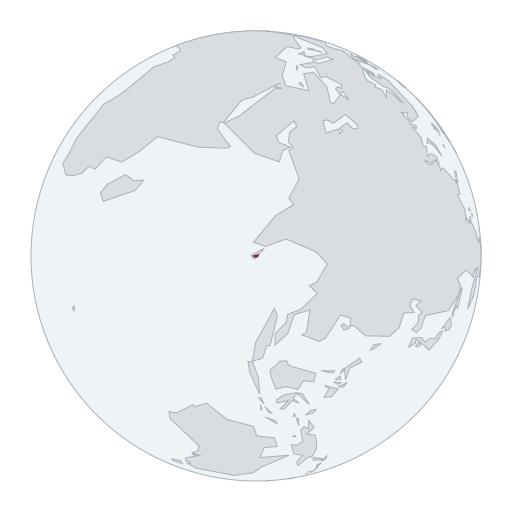 Badulla on an orthographic globe, rotated 65°
{"feature_id": "LKA-2467", "entity_name": "Badulla", "entity_type": "District", "adm_level": 1, "iso_a3": "LKA", "parent_name": "Sri Lanka", "parent_adm1": "", "projection": "orthographic", "projection_center": [81.038, 7.079], "detail": "fine", "context": "on_globe", "style": "filled", "palette": "rose", "viewbox_px": 512, "rotation_deg": 65, "n_neighbors": 0, "source": "natural_earth", "source_scale": "10m", "svg_char_len": 8869}
<svg xmlns="http://www.w3.org/2000/svg" viewBox="0 0 512 512"><g transform="rotate(65 256 256)"><circle cx="256" cy="256" r="225" fill="#eef3f6" stroke="#a8b0b8"/><path d="M348.5,50.6L345.8,49.6L350.1,51.6L335.9,45.8L343.5,48.4L343.2,48.3L348.5,50.6ZM328.6,43.1L326.4,42.5L326.9,42.5L328.6,43.1ZM57.1,150.2L73.4,126.5L73.1,129.9L86.1,127.4L86.8,129.4L79.3,139.3L84.3,154.6L92.9,146.6L103.4,155.9L114.1,157.1L128.5,138.3L110.9,135.8L113.8,126.2L132.6,120.3L148.8,123.8L150.4,120.3L145.1,111.2L153.9,105.8L143.8,107.8L144.2,111.5L137.9,113.2L137.2,109.9L140.4,107.9L136.9,105.8L122.9,116.9L121.7,122.0L109.5,122.6L106.4,131.4L101.3,135.0L104.7,121.6L108.2,117.1L110.3,103.2L105.5,107.8L103.2,121.6L101.7,120.2L95.2,127.7L98.9,120.9L102.7,105.8L95.1,107.6L76.6,125.1L74.0,126.2L75.8,121.9L91.3,103.3L95.4,103.3L101.0,97.7L107.7,89.5L108.4,90.5L111.6,87.5L113.9,87.6L124.5,81.2L128.0,81.1L139.3,72.8L142.6,71.9L135.0,76.8L131.5,80.7L141.0,81.9L144.9,80.4L151.5,75.2L153.3,76.7L158.5,71.6L167.4,70.9L160.9,67.8L168.4,62.8L177.7,59.8L179.1,57.9L163.9,63.0L159.0,65.7L156.6,68.7L142.0,76.9L137.2,77.9L148.0,68.1L142.4,68.9L153.3,61.8L187.5,50.7L198.1,49.8L200.5,57.7L193.9,60.1L189.8,58.2L187.0,64.1L190.4,61.6L191.9,63.1L199.5,59.6L200.9,60.6L205.8,55.9L208.4,56.8L205.2,59.8L218.7,56.4L226.0,57.9L228.4,56.7L228.8,55.1L237.8,58.7L239.1,57.7L236.7,56.1L237.9,53.3L243.4,50.1L246.1,51.5L244.5,52.8L245.4,58.3L240.7,62.2L242.4,62.6L247.1,59.5L246.1,52.8L248.6,50.5L250.1,53.4L249.7,52.1L251.9,51.5L256.6,52.4L255.4,49.3L275.0,43.0L286.1,44.9L285.2,47.6L301.8,47.0L313.0,50.7L310.7,49.0L317.2,48.6L313.8,47.3L313.2,46.5L328.2,46.7L333.9,48.4L337.8,48.0L336.7,47.3L332.7,45.9L335.9,45.8L350.1,51.6L352.0,52.7L359.6,56.2L362.9,58.6L369.0,62.8L368.1,64.5L373.1,68.2L375.5,69.2L384.1,75.7L393.4,86.5L375.2,73.0L359.2,59.1L364.8,63.9L360.3,61.7L360.4,62.9L364.6,66.9L367.1,68.0L357.5,71.2L361.4,82.9L368.8,83.1L375.9,87.7L386.8,104.7L381.6,127.7L391.0,136.9L393.1,142.7L388.5,145.8L385.2,137.3L378.4,133.8L377.3,129.0L368.7,132.2L366.7,125.4L361.1,131.9L365.8,137.5L374.1,136.6L370.0,146.0L381.4,156.4L385.3,168.8L374.7,190.4L360.1,196.9L359.7,201.0L352.6,196.2L345.1,204.2L359.9,227.9L360.1,234.8L347.0,247.6L346.4,242.5L327.6,229.7L325.4,246.1L339.7,260.1L344.7,276.5L334.3,271.2L329.1,256.9L322.4,251.9L323.2,237.6L315.9,216.4L305.3,220.2L305.2,211.8L293.4,194.7L277.7,199.8L253.3,221.5L251.4,243.1L242.4,252.5L227.7,220.9L225.3,200.2L217.4,201.8L204.5,184.3L174.6,181.8L172.7,176.5L166.6,178.6L157.9,172.9L155.9,164.3L149.5,164.5L155.5,187.1L162.6,187.2L171.8,179.2L171.8,187.3L180.5,195.1L162.5,213.7L122.0,228.6L122.1,212.3L112.0,167.7L114.6,163.2L114.7,162.7L114.8,161.7L109.8,169.0L109.4,160.6L110.5,190.7L108.9,203.7L121.4,229.5L119.2,231.9L124.5,237.4L146.1,233.0L145.3,238.3L132.7,262.7L106.2,294.8L112.1,318.5L114.1,338.1L102.9,349.7L109.2,365.1L104.1,369.6L107.3,378.2L106.2,386.6L102.4,394.0L90.4,392.0L85.4,384.1L73.0,367.9L54.0,329.5L52.6,313.1L49.7,299.7L41.5,268.8L43.0,252.9L41.8,245.7L38.9,246.5L38.1,237.9L36.7,237.2L31.4,239.5L31.8,234.3L34.2,216.8L37.9,199.5L43.0,182.6L49.4,166.1L57.1,150.2ZM58.7,148.3L56.5,152.3L58.7,148.3ZM161.8,138.3L174.2,140.5L175.7,128.2L180.6,128.3L179.3,124.3L175.8,127.4L173.7,117.0L181.6,114.5L183.7,109.7L179.6,108.8L165.5,115.3L168.4,129.8L162.5,134.2L161.8,138.3ZM127.2,73.0L125.6,74.8L121.1,77.9L116.8,80.0L123.2,75.2L127.2,73.0ZM124.3,76.9L136.2,67.6L139.4,66.6L135.6,68.6L136.5,68.9L130.6,72.3L122.0,81.2L117.4,84.7L111.9,85.3L116.2,82.9L117.6,81.0L124.3,76.9ZM161.1,51.7L166.3,49.3L166.4,50.0L161.6,52.2L156.9,53.8L160.0,52.2L161.1,51.7ZM236.3,31.6L236.5,31.6L229.4,32.5L233.2,32.1L233.6,32.5L228.1,33.5L227.8,33.0L221.9,34.8L218.3,34.8L217.8,35.0L212.8,35.7L206.0,37.1L205.2,37.1L202.8,37.7L199.5,38.5L196.0,39.4L193.4,39.8L188.9,41.2L190.2,40.7L183.3,43.0L187.2,41.6L183.3,42.8L181.5,43.6L179.7,44.0L198.2,38.3L217.1,34.1L236.3,31.6ZM248.2,30.9L244.3,31.1L238.6,31.4L239.1,31.4L248.2,30.9ZM91.2,126.0L92.3,126.7L94.9,126.7L90.9,131.7L91.2,126.0ZM93.4,115.6L95.0,115.2L90.5,121.6L89.3,121.2L93.4,115.6ZM99.6,109.9L95.4,114.7L97.0,111.8L99.6,109.9ZM136.8,76.4L139.0,76.0L137.7,77.3L134.8,79.1L136.8,76.4ZM209.8,41.1L210.6,40.2L212.2,39.9L217.8,37.7L221.0,37.9L218.8,39.3L209.8,41.1ZM123.3,141.2L118.0,144.4L117.4,142.4L119.3,141.7L123.3,141.2ZM102.0,137.7L105.1,140.8L100.9,139.0L102.0,137.7ZM214.2,40.9L216.2,39.9L216.6,40.7L214.2,40.9ZM223.6,38.0L224.7,38.6L222.0,37.7L223.6,38.0ZM224.8,441.7L228.8,444.2L225.0,444.2L224.8,441.7ZM145.5,337.8L141.9,371.2L133.1,370.5L128.1,360.3L127.1,339.8L136.2,334.8L139.8,325.7L145.5,337.8ZM392.6,314.7L397.8,315.7L397.5,316.8L392.6,314.7ZM387.1,311.1L393.4,311.4L385.8,313.4L387.1,311.1ZM395.8,311.6L402.1,309.6L404.9,307.9L404.2,310.1L395.8,311.6ZM382.8,311.1L358.2,310.7L348.1,307.8L350.8,304.0L367.0,305.1L382.8,311.1ZM349.9,303.9L334.3,292.9L311.2,261.4L319.5,262.1L343.3,281.2L341.8,284.4L351.3,293.1L349.9,303.9ZM386.8,284.4L385.3,294.3L371.9,293.3L365.7,291.6L361.5,278.9L363.9,272.5L369.0,272.8L387.7,251.3L394.5,256.7L389.1,265.7L394.6,274.4L386.8,284.4ZM252.6,245.2L258.3,258.3L253.3,260.4L252.6,245.2ZM394.3,236.4L387.4,245.6L393.4,233.2L394.3,236.4ZM397.3,224.7L398.2,229.5L394.7,224.8L397.3,224.7ZM360.4,207.3L355.0,208.4L354.4,205.1L361.0,201.9L360.4,207.3ZM388.2,179.6L389.9,189.0L389.5,192.2L386.2,186.4L388.2,179.6ZM244.1,45.3L232.6,47.7L226.5,50.5L226.3,53.4L221.7,50.8L231.1,46.4L244.1,45.3ZM270.9,42.9L271.0,41.1L274.2,41.7L274.6,42.2L270.9,42.9ZM268.6,41.9L262.7,40.2L264.8,39.1L269.1,40.6L268.6,41.9ZM238.1,39.3L234.5,39.8L234.3,39.1L238.1,39.3ZM404.0,418.5L409.1,411.1L413.1,410.4L407.0,417.0L404.0,418.5ZM403.8,387.9L366.9,402.6L360.2,400.7L364.7,394.4L364.1,375.5L366.6,375.9L368.5,363.1L391.8,351.4L409.5,330.1L419.2,331.5L428.6,316.2L437.6,317.3L433.1,329.4L440.3,337.6L450.5,310.4L449.6,339.6L451.3,350.1L445.5,368.7L423.0,399.8L415.0,405.8L415.8,402.9L411.8,406.1L409.1,404.8L412.2,394.7L408.1,397.8L414.2,390.2L407.3,397.0L408.0,390.5L403.8,387.9ZM466.0,336.0L465.9,336.9L464.2,342.1L464.4,341.1L466.0,336.0ZM472.2,319.0L471.7,320.9L471.5,321.5L472.2,319.0ZM472.3,318.4L473.2,315.5L472.4,318.4L472.3,318.4ZM474.3,302.4L474.8,300.9L474.8,302.1L474.3,302.4ZM405.6,315.9L413.3,308.2L417.1,307.6L405.6,315.9ZM474.4,299.2L473.7,298.8L474.0,297.3L474.4,299.2ZM475.0,295.5L475.2,293.3L475.0,298.5L475.0,295.5ZM474.0,290.5L474.6,294.5L473.8,291.0L474.0,290.5ZM473.3,291.0L472.5,289.3L472.7,288.6L473.3,291.0ZM460.3,293.4L463.6,306.5L459.9,306.1L456.2,297.9L451.5,305.3L442.0,303.8L444.7,299.2L443.9,292.1L432.9,289.1L430.7,284.5L435.0,281.5L427.2,277.7L435.8,275.8L438.9,285.3L443.6,278.0L450.8,280.0L457.2,283.4L461.6,290.7L460.3,293.4ZM435.1,296.5L436.5,296.5L435.0,299.4L435.1,296.5ZM471.1,283.9L472.2,288.6L471.9,289.8L471.3,289.0L471.1,283.9ZM462.8,289.1L467.8,281.5L468.8,281.7L465.3,290.4L462.8,289.1ZM466.9,276.3L468.9,277.6L469.7,282.0L469.3,283.2L466.9,276.3ZM417.7,287.5L417.3,290.1L414.9,288.0L417.7,287.5ZM420.8,286.0L427.7,288.9L420.1,288.2L420.8,286.0ZM398.2,276.6L400.5,282.8L407.6,278.9L402.1,284.5L406.6,294.8L404.8,298.6L400.5,287.5L398.3,298.9L395.1,298.6L393.7,288.9L397.1,277.0L400.3,272.2L413.0,270.4L398.2,276.6ZM420.9,278.4L419.0,271.2L420.4,266.5L422.5,270.3L420.9,278.4ZM412.8,254.0L407.0,245.8L402.3,248.8L411.3,237.7L415.4,247.3L412.8,254.0ZM407.0,236.1L402.7,238.8L406.8,232.4L407.0,236.1ZM401.2,236.1L400.2,230.5L403.9,231.3L401.2,236.1ZM409.4,236.4L409.3,226.9L411.7,232.5L409.4,236.4ZM397.1,218.1L406.1,227.3L395.4,223.2L392.4,205.3L396.8,204.9L397.1,218.1ZM405.3,149.6L402.8,145.0L406.1,144.1L406.9,147.5L405.3,149.6ZM414.3,138.9L406.1,142.5L399.2,146.2L402.5,148.4L403.1,156.2L396.7,148.7L399.8,140.4L405.5,139.2L404.0,133.0L406.7,129.1L402.5,121.5L402.9,118.5L408.5,125.2L414.3,138.9ZM400.3,118.4L393.9,105.8L401.1,108.2L404.1,111.5L404.0,116.1L400.3,114.5L400.3,118.4ZM394.4,103.7L390.7,102.3L373.3,84.9L371.5,82.0L388.5,95.4L385.9,95.0L388.9,99.1L394.4,103.7ZM328.3,43.3L326.6,42.6L329.1,43.4L328.3,43.3ZM311.2,45.9L310.8,45.0L313.7,45.7L311.2,45.9ZM311.4,43.1L308.3,42.9L310.4,42.4L311.4,43.1ZM301.6,42.8L306.5,42.5L303.5,43.7L301.6,42.8Z" fill="#d9dde1" stroke="#a8b0b8" stroke-width="1"/><path d="M256.9,255.2L256.8,255.3L256.7,255.4L256.6,255.5L256.4,255.6L256.4,255.8L256.5,255.8L256.5,256.0L256.7,255.9L256.7,256.0L256.8,256.0L256.8,256.3L256.7,256.5L256.4,256.8L256.3,257.0L256.2,257.0L256.1,257.3L256.1,257.5L256.1,257.8L256.1,258.0L256.1,257.9L256.0,258.0L255.9,258.1L255.8,257.9L255.7,257.7L255.4,257.6L255.2,257.6L255.3,257.4L255.2,257.3L255.2,257.2L255.1,257.3L255.1,257.1L255.2,256.9L255.0,256.7L255.3,256.4L255.5,256.4L255.6,256.2L255.7,255.9L255.7,255.7L255.8,255.5L255.9,255.4L255.8,255.0L255.8,254.4L255.8,254.1L255.8,253.9L255.9,254.0L256.0,254.3L256.3,254.2L256.5,254.1L256.7,254.3L256.6,254.5L256.6,254.8L256.7,255.0L256.8,255.0L256.9,255.2Z" fill="#f43f5e" stroke="#9f1239" stroke-width="1.5"/></g></svg>